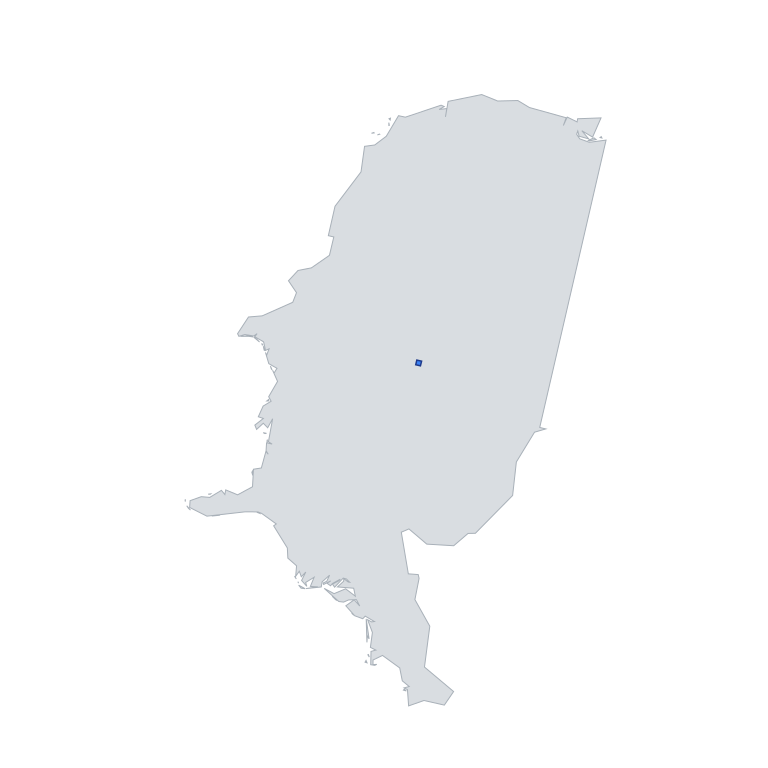 Webster, Nebraska, United States of America shown in context, rotated 103°
{"feature_id": "52423323B11090231595131", "entity_name": "Webster", "entity_type": "district", "adm_level": 2, "iso_a3": "USA", "parent_name": "United States of America", "parent_adm1": "Nebraska", "projection": "mercator", "projection_center": [-98.589, 40.176], "detail": "fine", "context": "in_parent", "style": "filled", "palette": "blue", "viewbox_px": 768, "rotation_deg": 103, "n_neighbors": 0, "source": "geoboundaries", "source_scale": "gbopen_adm2", "svg_char_len": 4004}
<svg xmlns="http://www.w3.org/2000/svg" viewBox="0 0 768 768"><g transform="rotate(103 384 384)"><path d="M609.7,284.9L650.7,280.9L668.0,247.0L683.3,253.0L683.4,273.9L692.1,287.6L676.5,292.4L675.6,296.1L673.1,291.4L669.1,299.4L657.1,304.8L648.8,324.4L655.4,332.6L659.9,331.6L658.8,328.0L660.2,329.7L660.5,333.8L647.5,336.5L645.1,332.1L643.7,338.0L628.7,339.4L617.4,346.9L618.6,342.6L617.6,339.9L614.4,350.1L617.5,351.9L616.4,360.4L608.7,371.3L601.0,364.5L605.8,357.7L600.3,362.4L602.4,370.0L605.6,374.3L606.1,379.1L596.6,396.3L599.5,385.5L592.2,375.3L597.2,364.2L589.8,367.6L592.2,383.7L585.2,378.9L582.7,379.4L585.0,374.3L584.9,372.8L582.4,376.8L582.3,380.1L593.1,386.4L590.6,389.2L585.8,383.6L584.0,382.7L590.0,389.4L592.6,390.7L591.0,394.7L587.8,391.6L592.9,397.7L591.6,398.5L589.1,395.4L582.5,394.0L590.7,399.8L595.9,399.5L600.9,414.0L596.5,402.9L597.8,410.2L588.0,408.6L595.0,415.7L598.5,413.7L594.0,420.1L584.8,417.9L590.4,421.2L585.5,424.4L591.2,426.8L580.8,428.3L575.3,438.5L565.5,441.3L547.0,459.6L544.6,457.5L537.6,474.1L537.0,478.2L539.8,490.6L552.6,526.8L548.0,545.6L541.3,546.7L534.9,536.7L533.7,528.3L524.2,518.5L527.5,514.2L522.8,514.4L524.9,501.7L513.7,489.0L496.4,492.0L493.4,484.6L476.3,483.9L478.5,481.0L475.5,483.9L467.7,485.2L467.7,479.5L466.3,483.6L442.9,484.7L452.8,487.5L449.4,492.8L456.9,497.9L453.1,500.6L444.7,493.8L444.2,499.1L432.7,496.8L426.2,490.1L422.3,493.5L405.4,488.3L395.6,495.7L398.1,493.6L392.8,491.8L390.1,500.8L379.9,506.6L382.3,504.8L375.6,503.9L377.9,507.0L370.0,510.8L367.0,520.6L363.5,519.0L366.5,521.7L367.1,530.7L370.2,536.1L367.9,538.0L349.2,531.1L345.0,518.0L324.9,491.3L314.7,489.8L304.9,500.3L292.7,493.3L287.2,480.9L270.9,466.1L252.0,466.0L252.0,471.6L221.8,471.7L182.5,454.1L156.8,456.4L153.2,446.8L142.1,437.5L119.3,430.2L119.2,423.2L99.5,391.1L100.1,387.7L104.1,392.0L101.5,384.8L109.9,384.2L94.2,385.1L80.0,353.9L82.7,336.9L77.7,317.4L81.9,304.5L83.6,266.4L91.8,267.4L82.7,265.5L85.2,254.8L82.0,255.0L75.9,232.4L96.5,236.3L92.7,248.2L99.1,239.7L98.7,249.6L93.9,252.1L97.3,252.5L101.1,248.4L102.3,238.3L96.4,222.5L391.3,222.5L391.4,216.3L397.1,226.5L430.2,237.5L463.7,233.6L508.9,261.4L510.7,268.5L525.9,279.7L530.4,306.3L519.6,327.1L524.5,333.8L563.5,317.6L562.0,307.8L565.5,306.1L587.1,305.4L609.7,284.9ZM633.1,343.6L639.6,342.5L616.9,348.5L635.7,341.2L633.1,343.6ZM98.1,232.3L100.9,238.7L100.7,239.7L96.9,234.8L98.1,232.3ZM369.9,534.6L367.4,526.7L367.6,522.2L368.0,526.9L369.9,534.6ZM678.1,293.2L677.9,296.2L676.9,295.6L678.1,293.2ZM426.4,492.5L426.9,494.4L425.0,492.9L426.4,492.5ZM128.2,438.1L130.8,437.0L131.0,437.4L128.2,438.1ZM125.4,437.4L124.4,438.8L123.5,437.5L125.4,437.4ZM653.4,336.9L651.5,338.8L651.1,338.3L653.4,336.9ZM369.0,518.0L367.6,521.6L371.1,514.7L369.0,518.0ZM549.0,515.0L551.4,522.1L548.5,514.3L549.0,515.0ZM141.6,444.4L142.8,446.5L141.5,444.6L141.6,444.4ZM549.1,546.6L547.0,548.8L550.4,544.2L549.1,546.6ZM601.6,418.9L599.2,421.9L601.2,414.7L601.6,418.9ZM95.3,227.0L95.3,228.9L94.1,228.0L95.3,227.0ZM378.0,508.4L374.3,510.1L378.1,507.9L378.0,508.4ZM659.5,337.8L659.3,339.9L657.4,339.3L659.5,337.8ZM141.6,450.1L142.5,452.6L141.2,450.4L141.6,450.1ZM373.4,511.4L371.9,512.3L373.2,510.9L373.4,511.4ZM605.1,382.5L602.5,386.7L605.5,380.9L605.1,382.5ZM394.5,497.3L392.1,498.7L395.5,496.2L394.5,497.3ZM538.0,476.1L537.6,479.1L537.3,477.0L538.0,476.1ZM592.1,427.3L591.2,427.9L593.7,425.6L592.1,427.3ZM502.6,491.4L499.7,492.9L498.6,492.6L502.6,491.4ZM466.6,484.7L466.1,485.2L464.4,485.1L466.6,484.7ZM530.5,528.5L530.9,530.6L530.0,528.1L530.5,528.5ZM459.1,488.9L458.6,490.8L458.5,487.4L459.1,488.9ZM542.6,551.5L541.0,551.7L543.2,551.1L542.6,551.5ZM615.8,361.9L614.6,364.0L616.1,361.0L615.8,361.9ZM597.3,422.5L596.3,423.2L596.0,423.2L597.3,422.5Z" fill="#d9dde1" stroke="#a8b0b8" stroke-width="1"/><path d="M355.6,357.4L355.8,357.4L358.1,357.4L358.1,352.6L353.3,352.5L353.3,357.4L353.6,357.4L353.9,357.4L354.1,357.4L354.5,357.4L354.9,357.4L355.0,357.4L355.4,357.4L355.6,357.4Z" fill="#3b82f6" stroke="#1e3a8a" stroke-width="1.5"/></g></svg>